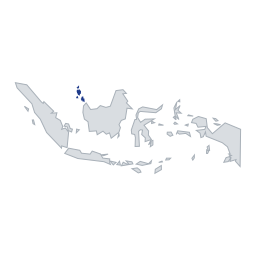 location of Natuna, Kepulauan Riau, Indonesia
{"feature_id": "22746128B6637644559706", "entity_name": "Natuna", "entity_type": "district", "adm_level": 2, "iso_a3": "IDN", "parent_name": "Indonesia", "parent_adm1": "Kepulauan Riau", "projection": "natural_earth1", "projection_center": [108.338, 3.627], "detail": "fine", "context": "in_parent", "style": "filled", "palette": "blue", "viewbox_px": 256, "rotation_deg": 0, "n_neighbors": 0, "source": "geoboundaries", "source_scale": "gbopen_adm2", "svg_char_len": 5718}
<svg xmlns="http://www.w3.org/2000/svg" viewBox="0 0 256 256"><path d="M86.2,102.9L90.6,109.5L97.0,108.7L100.3,105.6L105.9,107.4L110.3,106.2L116.0,90.6L123.0,89.7L126.4,93.4L122.8,93.8L127.8,101.2L126.4,102.9L132.3,108.9L127.0,108.2L125.3,118.9L121.3,120.4L119.0,124.6L120.4,127.6L118.9,132.3L111.2,138.2L109.5,132.9L106.3,134.2L103.0,131.2L97.2,134.7L96.4,130.9L89.3,131.4L88.0,121.7L84.4,119.1L82.9,112.4L83.5,105.9L86.2,102.9ZM15.4,82.7L26.8,84.8L41.4,102.0L43.2,103.4L43.9,101.6L53.7,111.2L51.3,113.2L56.9,112.8L55.7,117.7L60.3,120.4L62.7,126.4L61.7,129.3L65.4,128.0L68.6,132.2L67.1,147.6L61.7,145.9L61.5,148.1L46.6,132.5L40.3,119.2L34.6,112.5L31.9,103.8L17.1,87.9L15.4,82.7ZM240.6,129.3L240.1,166.5L235.4,161.2L236.0,159.6L230.0,161.4L231.0,157.7L229.4,155.8L229.9,155.5L230.9,155.7L231.5,155.5L228.7,154.0L230.0,153.6L227.5,146.8L222.3,142.7L206.1,136.2L205.5,131.9L203.3,136.7L200.9,137.6L200.1,133.2L196.3,130.4L204.8,129.4L205.9,126.4L198.0,127.2L196.1,123.4L191.5,122.6L192.8,119.3L198.4,116.5L206.2,118.7L207.3,127.6L212.4,133.7L225.1,122.9L240.6,129.3ZM161.4,108.8L155.8,112.7L140.2,111.4L138.3,112.9L137.6,117.6L140.6,122.3L145.1,119.2L154.3,118.9L144.0,125.2L148.6,131.0L148.4,135.1L151.4,139.5L145.1,141.6L145.3,137.8L141.7,134.5L142.5,130.1L140.5,129.7L138.6,131.3L139.4,146.3L135.1,146.5L135.4,137.5L134.7,134.5L131.7,133.8L131.3,130.0L134.9,119.6L136.6,119.4L136.0,115.0L138.7,108.9L142.7,106.9L156.7,109.6L162.5,104.9L161.4,108.8ZM68.7,148.2L79.8,150.3L81.5,153.2L90.1,154.1L92.2,151.1L100.5,154.0L102.8,158.1L109.7,158.9L109.6,162.4L110.5,164.5L104.0,161.7L77.8,158.5L64.7,153.4L68.7,148.2ZM175.4,109.6L180.1,105.5L178.0,110.3L181.2,113.2L176.2,112.8L178.9,119.5L175.2,115.8L173.9,108.0L176.9,101.9L175.4,109.6ZM177.7,130.8L189.4,132.3L190.5,136.5L185.8,133.4L179.3,134.1L177.4,132.5L176.2,134.4L177.7,130.8ZM150.8,163.6L142.2,165.4L136.2,164.1L140.2,161.4L148.5,163.7L151.5,160.7L150.8,163.6ZM126.1,160.9L131.9,161.8L132.9,163.9L121.4,165.8L123.2,162.2L127.2,164.2L128.5,163.5L126.1,160.9ZM161.3,165.5L161.4,169.6L154.9,173.3L155.3,169.3L161.3,165.5ZM68.6,124.0L70.2,128.5L72.4,129.1L71.6,132.0L68.3,130.6L67.3,126.9L64.1,126.1L65.7,123.4L68.6,124.0ZM228.2,161.6L223.8,162.3L226.1,157.6L229.5,156.6L230.5,158.3L228.2,161.6ZM137.2,167.9L139.8,169.9L141.0,172.1L138.3,172.9L132.0,168.7L137.2,167.9ZM171.1,132.1L172.9,135.2L170.2,136.3L167.1,134.0L167.3,132.2L171.1,132.1ZM110.0,161.0L116.1,162.4L113.3,164.9L110.0,161.0ZM119.5,161.2L120.4,165.1L116.8,164.6L119.5,161.2ZM79.3,129.8L76.3,132.8L76.6,129.1L79.3,129.8ZM209.0,145.4L209.6,150.4L208.3,150.6L207.1,147.0L209.0,145.4ZM108.1,154.1L103.4,155.7L101.4,154.8L108.1,154.1ZM152.9,140.4L152.9,144.9L150.3,146.7L151.3,140.8L152.9,140.4ZM24.4,106.3L28.6,108.9L28.0,111.2L24.4,106.3ZM34.7,124.6L33.0,123.6L32.3,120.0L33.5,119.9L34.7,124.6ZM192.8,160.1L191.9,158.3L194.4,155.0L194.3,157.9L192.8,160.1ZM188.4,114.9L193.2,116.1L187.8,115.7L188.4,114.9ZM159.1,123.9L163.5,125.2L158.7,125.1L159.1,123.9ZM150.9,142.6L148.5,144.8L150.6,140.8L150.9,142.6ZM213.1,118.2L215.7,118.6L218.0,120.7L215.8,121.2L213.1,118.2ZM170.6,158.2L169.0,159.8L165.7,160.0L166.5,158.2L170.6,158.2ZM208.7,151.2L207.6,153.5L206.5,153.4L206.7,149.8L208.7,151.2ZM177.5,123.9L174.6,124.3L173.8,123.5L175.0,122.1L177.5,123.9ZM213.6,123.5L217.2,123.9L220.6,124.7L217.3,125.3L213.6,123.5ZM151.7,121.2L154.6,122.7L151.6,123.5L151.7,121.2ZM179.8,101.8L177.8,101.4L179.7,99.7L179.8,101.8ZM158.7,162.4L162.0,161.1L162.4,161.9L158.7,162.4ZM188.3,124.1L187.8,126.1L185.3,125.1L186.6,124.5L188.3,124.1ZM119.2,135.9L117.9,137.3L118.9,133.0L119.2,135.9ZM174.6,116.3L176.2,119.1L175.6,119.5L173.3,117.3L174.6,116.3Z" fill="#d9dde1" stroke="#a8b0b8" stroke-width="1"/><path d="M79.3,90.3L79.2,90.4L79.2,90.6L78.9,90.8L78.7,91.0L78.6,91.3L78.4,91.3L78.3,91.5L78.2,91.6L78.2,91.8L78.2,92.0L78.3,92.2L78.4,92.3L78.5,92.6L78.8,92.6L79.0,92.8L79.3,92.9L79.3,92.7L79.4,92.8L79.5,93.0L79.4,93.0L79.5,93.1L79.6,93.3L79.5,93.2L79.4,93.2L79.2,92.9L79.1,93.0L78.9,93.0L78.7,93.4L78.6,93.5L78.8,93.6L79.0,93.8L79.0,93.7L79.3,93.6L79.5,93.6L79.7,93.3L79.7,93.2L79.8,93.1L80.0,92.9L80.2,92.6L80.2,92.4L80.1,92.5L80.1,92.4L79.9,92.4L80.0,92.3L80.0,92.2L80.1,92.3L80.1,92.1L80.2,91.9L80.1,91.7L79.9,91.7L79.6,91.3L79.7,91.2L79.4,91.0L79.4,90.9L79.3,90.7L79.4,90.4L79.3,90.3ZM82.6,97.3L82.4,97.3L82.3,97.6L82.2,97.8L82.1,98.0L82.2,98.3L82.4,98.2L82.5,98.1L82.6,97.9L82.6,97.7L82.6,97.4L82.6,97.3ZM83.2,99.9L83.0,100.0L83.3,100.1L83.2,100.2L83.2,100.3L83.3,100.3L83.4,100.2L83.4,100.3L83.4,100.2L83.5,100.2L83.5,100.3L83.6,100.2L83.6,100.3L83.6,100.2L83.4,100.1L83.2,99.9L83.2,99.9ZM78.2,87.2L78.2,87.3L78.0,87.6L77.9,87.7L77.9,87.8L78.0,87.8L78.2,87.3L78.2,87.2ZM77.2,97.2L77.0,97.3L77.0,97.5L77.3,97.5L77.2,97.3L77.2,97.2ZM78.7,93.7L78.7,93.8L78.5,94.0L78.6,93.9L78.7,94.0L78.7,93.9L78.8,93.9L78.7,93.7ZM78.5,93.5L78.4,93.6L78.5,93.7L78.5,93.8L78.5,93.7L78.5,93.5ZM78.2,92.7L78.2,92.8L78.3,92.8L78.4,93.0L78.4,92.9L78.3,92.7L78.2,92.7ZM82.3,97.0L82.4,97.3L82.5,97.3L82.5,97.2L82.4,97.1L82.3,97.0ZM77.8,92.2L77.7,92.2L77.7,92.3L77.8,92.3L77.8,92.2ZM77.5,90.8L77.4,90.9L77.4,91.0L77.5,91.0L77.5,90.9L77.5,90.8ZM82.7,98.7L82.7,98.8L82.8,98.8L82.8,98.7L82.7,98.7ZM81.0,99.3L81.1,99.2L81.0,99.3L81.0,99.3ZM78.4,94.0L78.5,94.0L78.4,94.0ZM82.9,100.2L82.9,100.3L82.9,100.2L82.9,100.2ZM81.8,97.9L81.7,97.9L81.8,97.9ZM79.2,90.2L79.1,90.3L79.2,90.2ZM78.3,87.1L78.2,87.2L78.3,87.2L78.3,87.1ZM83.1,100.2L83.1,100.3L83.1,100.2L83.1,100.2ZM78.7,93.4L78.6,93.5L78.6,93.4L78.7,93.4ZM83.9,99.9L83.8,100.0L83.9,99.9ZM83.8,100.4L83.7,100.4L83.8,100.5L83.8,100.4ZM78.0,92.0L77.9,92.0L78.0,92.0ZM77.7,91.5L77.7,91.4L77.7,91.5L77.7,91.5ZM82.0,98.9L81.9,98.9L81.9,99.0L82.0,98.9Z" fill="#3b82f6" stroke="#1e3a8a" stroke-width="1.5"/></svg>